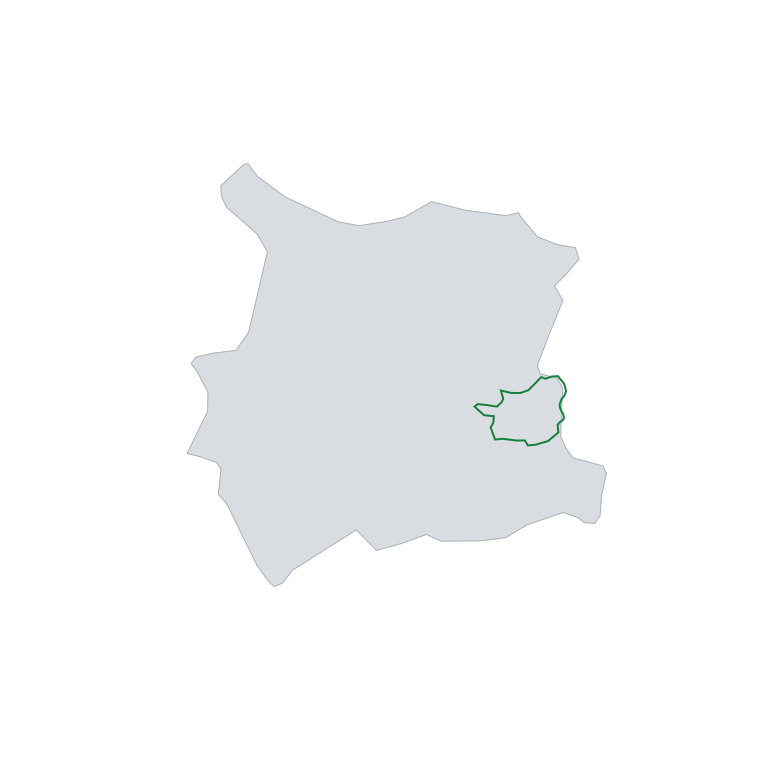 Zubin Potok on a map of Kosovo (Albers equal-area conic projection), rotated 129°
{"feature_id": "KOS-5897", "entity_name": "Zubin Potok", "entity_type": "District", "adm_level": 1, "iso_a3": "XKX", "parent_name": "Kosovo", "parent_adm1": "", "projection": "albers", "projection_center": [20.618, 42.908], "detail": "fine", "context": "in_parent", "style": "outline", "palette": "green", "viewbox_px": 768, "rotation_deg": 129, "n_neighbors": 0, "source": "natural_earth", "source_scale": "10m", "svg_char_len": 1572}
<svg xmlns="http://www.w3.org/2000/svg" viewBox="0 0 768 768"><g transform="rotate(129 384 384)"><path d="M240.4,287.2L273.0,276.6L277.8,269.1L270.4,252.8L274.7,242.6L313.7,213.6L320.1,200.5L322.5,190.2L317.2,179.3L310.0,162.1L313.5,154.9L333.6,144.9L350.0,133.4L359.7,132.5L365.7,140.8L365.7,149.3L371.1,163.8L383.2,171.5L403.4,184.2L426.7,192.8L445.1,210.1L470.3,240.9L474.2,256.3L496.8,269.9L517.9,285.1L514.9,313.8L586.6,338.0L602.7,337.6L610.4,341.9L610.3,348.4L604.9,368.5L576.2,430.4L574.0,443.3L553.0,456.9L550.2,464.6L556.4,481.6L562.0,493.4L561.6,493.4L516.4,503.8L501.2,515.6L492.3,536.1L489.5,546.7L481.4,547.1L468.0,536.6L451.1,520.3L429.2,521.7L354.6,557.8L347.3,576.7L345.7,617.4L340.6,628.4L332.6,635.5L301.6,631.1L298.3,628.4L302.4,612.8L300.8,578.6L286.9,522.0L277.0,503.4L256.7,484.9L240.8,472.8L212.4,461.9L198.1,430.8L176.6,395.3L166.2,387.2L167.9,383.7L173.1,357.1L167.0,337.7L157.6,321.1L164.2,311.1L184.1,311.4L200.5,313.3L206.5,297.5L240.4,287.2Z" fill="#d9dde1" stroke="#a8b0b8" stroke-width="1"/><path d="M303.3,223.4L306.5,223.3L311.9,218.0L325.1,220.6L335.8,228.0L341.2,233.5L339.2,239.0L344.5,245.4L351.9,257.3L357.3,262.8L350.6,273.8L345.2,274.7L339.9,278.4L345.3,286.6L344.6,299.4L340.6,298.5L335.9,291.2L330.5,282.0L324.4,281.1L320.4,282.1L315.5,289.1L311.0,279.7L305.3,272.5L298.0,267.9L282.8,266.4L279.7,266.1L278.3,261.9L272.5,258.2L268.4,253.7L270.6,243.7L275.1,237.9L279.6,236.5L284.2,236.5L289.2,234.7L291.3,232.8L292.8,230.4L295.2,224.9L297.6,222.5L300.3,222.5L303.3,223.4Z" fill="none" stroke="#15803d" stroke-width="2"/></g></svg>